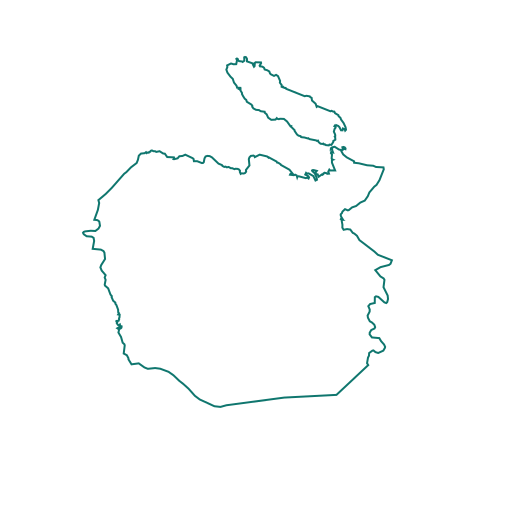 Kaoh Kong, Kaôh Kong, Cambodia, rotated 128°
{"feature_id": "14789045B37744308574617", "entity_name": "Kaoh Kong", "entity_type": "district", "adm_level": 2, "iso_a3": "KHM", "parent_name": "Cambodia", "parent_adm1": "Kaôh Kong", "projection": "natural_earth1", "projection_center": [103.11, 11.431], "detail": "fine", "context": "isolated", "style": "outline", "palette": "teal", "viewbox_px": 512, "rotation_deg": 128, "n_neighbors": 0, "source": "geoboundaries", "source_scale": "gbopen_adm2", "svg_char_len": 6148}
<svg xmlns="http://www.w3.org/2000/svg" viewBox="0 0 512 512"><g transform="rotate(128 256 256)"><path d="M379.2,341.0L379.3,338.2L380.2,337.4L380.6,335.8L383.2,331.6L385.2,329.9L385.4,328.8L386.9,328.6L386.2,327.3L388.4,325.8L389.4,325.6L390.0,324.9L391.7,324.4L393.1,326.0L393.5,325.8L393.8,324.5L394.6,324.4L395.3,322.5L395.0,321.4L393.8,321.1L395.2,319.4L394.2,318.7L394.5,318.3L395.5,317.9L396.6,318.1L397.1,319.6L396.5,320.1L398.3,320.8L398.2,319.3L398.6,318.4L401.0,317.3L402.9,312.5L406.4,307.7L406.6,305.3L407.3,304.4L414.3,300.2L413.7,296.7L415.1,293.6L416.0,292.8L418.0,287.4L412.8,282.3L412.5,275.3L411.5,271.8L406.4,266.5L403.8,262.1L401.1,253.6L400.8,247.5L401.6,239.7L401.6,234.6L402.1,227.4L403.8,218.1L403.7,212.0L400.0,196.3L396.8,191.1L391.8,187.4L350.2,146.6L315.9,107.1L272.9,100.4L272.1,102.5L267.1,105.2L265.0,105.6L262.8,107.1L258.9,106.0L258.1,105.3L258.2,102.7L257.2,100.0L252.2,97.4L248.9,97.9L248.1,98.3L246.9,100.6L246.1,105.0L244.8,108.3L248.8,114.5L247.8,118.2L246.4,119.2L243.4,119.6L240.2,118.0L238.7,118.3L237.3,120.5L237.0,123.8L237.4,126.1L235.7,129.8L234.2,131.4L229.9,132.2L228.1,133.5L226.4,136.6L223.6,136.5L219.9,133.5L215.3,137.0L213.9,136.6L212.9,134.4L213.5,126.3L212.9,124.4L211.6,124.2L208.6,125.5L206.1,127.9L202.1,136.3L195.7,140.1L195.1,141.6L195.5,145.4L193.7,153.3L188.1,151.0L181.2,145.7L179.3,145.2L175.7,146.3L180.0,160.7L179.6,165.6L179.8,184.3L177.9,188.9L177.8,192.4L178.2,194.0L177.1,198.0L178.7,200.8L181.4,203.1L180.5,205.4L178.2,207.1L175.0,210.7L174.4,210.1L174.7,211.8L174.2,211.9L173.6,210.4L172.6,213.1L171.6,214.5L171.0,214.9L169.3,214.7L167.8,215.2L164.3,214.7L163.5,211.7L162.6,211.1L158.5,210.2L155.0,207.9L149.7,206.7L145.4,204.4L140.0,204.7L136.1,205.8L128.6,205.5L125.8,204.8L120.2,205.4L109.0,208.7L107.7,210.1L112.0,216.3L112.7,219.2L116.1,224.3L119.6,232.0L122.1,236.1L121.0,237.0L122.4,245.2L122.3,249.8L120.8,253.4L120.2,253.7L119.7,253.2L121.0,256.2L121.5,261.3L123.5,262.9L125.0,263.3L125.9,262.7L124.3,262.2L125.6,261.3L127.0,259.0L127.8,260.7L128.8,260.3L129.2,258.6L132.5,256.5L132.9,255.4L132.7,254.6L133.7,255.2L135.7,253.6L139.9,246.3L143.0,250.3L142.8,251.4L145.0,251.0L146.2,249.2L147.4,250.5L147.3,251.3L148.2,253.3L149.6,253.7L150.1,253.3L151.2,253.7L151.2,254.3L154.9,255.4L153.7,257.7L154.6,259.2L153.4,260.5L151.5,260.5L152.8,263.5L153.6,264.4L154.1,264.5L154.4,264.0L154.7,260.5L156.9,256.5L158.4,254.9L159.9,255.6L157.7,260.0L158.5,265.4L159.8,266.9L159.7,267.7L161.5,267.3L160.9,263.9L161.4,262.6L162.6,262.3L162.7,263.8L164.0,264.7L166.9,271.5L168.0,272.2L168.6,272.0L167.5,273.5L167.8,275.2L169.0,275.9L171.0,279.2L170.2,279.4L168.5,278.1L167.4,282.8L168.9,292.4L168.6,293.0L168.8,295.8L169.4,296.9L168.9,297.9L170.4,306.7L170.8,306.7L170.7,308.5L173.9,315.5L178.8,317.8L178.3,318.6L178.4,319.8L180.3,321.7L182.3,321.9L184.1,321.3L188.7,316.9L194.4,316.9L195.6,315.7L197.3,315.7L198.5,316.4L199.8,318.3L200.7,318.6L199.7,320.5L198.7,321.1L198.3,322.5L198.6,324.0L199.8,325.8L200.8,326.4L201.5,328.9L202.3,329.8L202.7,332.4L204.1,333.6L204.3,335.0L205.3,335.8L205.7,337.9L205.3,338.8L206.3,342.4L205.4,351.4L205.8,354.0L207.1,356.0L208.6,357.0L210.7,356.7L214.3,354.9L215.4,355.1L216.1,355.9L217.5,360.7L219.5,363.3L218.0,364.9L217.9,366.1L219.7,374.1L222.4,375.5L224.6,377.8L227.3,377.9L230.2,380.2L230.4,380.6L229.3,380.8L228.8,381.4L232.7,386.9L231.5,390.8L232.4,392.3L232.8,396.5L235.4,398.7L235.5,399.9L236.6,401.4L236.9,403.0L237.9,403.7L238.9,403.5L239.7,404.2L240.6,404.1L241.4,405.3L242.2,405.5L241.9,406.6L243.5,407.0L246.1,409.7L249.1,410.1L252.8,408.3L256.2,407.3L263.1,409.1L269.8,409.8L272.3,410.5L291.1,411.6L299.5,412.6L309.0,414.6L310.8,412.2L317.0,409.0L327.0,405.7L325.5,403.3L325.2,401.7L325.5,400.5L328.3,397.5L331.4,397.0L335.2,398.0L337.8,401.7L341.8,405.8L343.1,406.6L344.2,406.6L344.9,405.1L344.7,401.6L341.9,397.4L341.7,395.1L343.8,392.8L350.9,389.1L346.5,382.2L346.0,379.2L346.7,377.5L351.3,373.1L358.4,372.4L360.8,371.6L362.5,368.6L363.7,362.7L366.1,362.0L367.4,359.8L371.7,357.6L372.3,356.8L372.5,352.6L376.0,346.9L376.4,344.9L377.3,344.5L379.2,341.0ZM102.0,266.0L101.5,264.2L102.3,262.9L101.1,262.8L99.4,264.7L97.3,268.8L96.1,273.0L95.1,274.6L95.0,276.9L94.3,277.8L94.8,281.6L94.0,283.2L94.7,284.1L95.1,285.9L96.1,286.4L100.0,299.7L101.1,300.0L99.3,302.8L99.0,307.6L97.1,309.6L97.4,311.0L97.1,311.9L98.7,314.9L100.1,316.0L105.7,335.2L105.3,336.1L106.1,337.1L106.0,338.7L106.5,338.7L106.9,340.0L105.5,341.0L104.7,343.9L103.2,344.8L100.7,349.4L100.9,351.7L103.0,352.7L103.7,356.3L103.5,357.4L102.4,359.1L102.7,361.5L103.7,364.0L102.8,365.4L102.7,366.3L103.0,367.9L104.1,369.6L103.8,370.3L100.9,370.7L100.4,371.3L103.6,375.6L105.7,376.0L106.1,375.5L105.6,375.1L107.3,374.0L108.1,374.1L107.2,376.0L106.8,375.8L106.1,376.7L108.2,382.9L106.2,384.5L105.5,386.2L105.9,387.2L106.7,387.6L109.3,385.4L111.3,386.0L111.3,386.7L112.9,389.4L112.8,390.5L112.0,391.6L112.1,392.6L112.8,392.8L113.2,391.6L117.0,389.7L118.7,391.7L119.7,394.2L123.6,396.1L124.7,394.9L127.4,394.1L129.1,391.4L130.4,386.5L130.7,383.4L132.9,380.1L133.8,376.2L135.0,374.5L133.1,371.8L133.6,371.3L134.1,372.1L134.9,372.2L134.7,371.2L136.2,367.3L137.0,366.8L138.0,364.5L139.0,361.7L139.0,359.8L140.1,358.2L139.5,352.7L140.0,351.2L140.7,350.9L141.3,348.9L140.8,346.0L139.2,343.5L139.0,341.4L137.0,338.0L137.7,337.3L137.8,334.8L139.5,331.6L139.3,327.8L136.5,324.6L134.6,324.5L134.8,323.7L134.1,322.2L133.1,321.6L130.8,318.4L130.9,314.3L132.6,308.6L132.1,308.2L132.5,308.0L133.1,303.1L133.7,302.5L135.0,298.5L135.0,296.6L134.1,294.7L134.5,294.0L134.3,293.2L132.8,290.8L131.5,287.6L131.0,287.3L131.0,285.9L127.9,279.8L127.8,278.8L126.9,278.2L127.7,276.7L127.8,274.3L126.7,272.5L126.0,272.2L126.2,270.9L125.6,270.5L125.6,269.2L124.0,266.7L123.0,266.7L122.0,265.0L118.7,265.3L117.8,265.9L115.5,265.1L113.9,266.5L113.4,267.5L112.6,267.4L111.5,268.5L110.1,271.2L107.5,272.3L105.9,272.3L105.1,273.7L105.3,274.1L104.7,274.2L104.5,273.1L103.5,273.4L102.9,271.3L103.1,269.6L104.6,266.4L103.7,265.2L102.0,266.0ZM119.7,253.2L117.3,252.6L116.8,251.3L116.1,251.7L115.8,253.0L116.2,254.2L117.1,254.9L118.5,253.3L119.7,253.2Z" fill="none" stroke="#0f766e" stroke-width="2"/></g></svg>